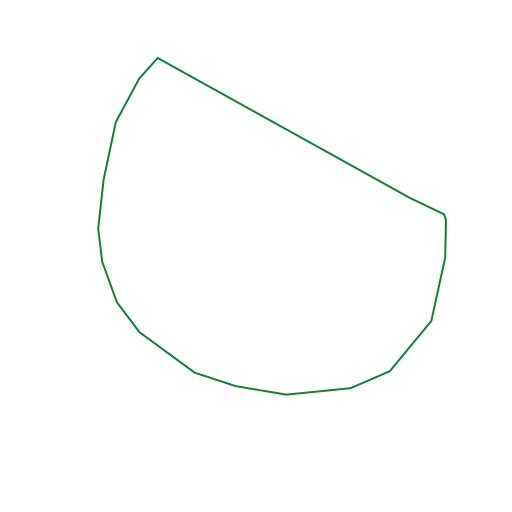 Yangambi, Orientale, Democratic Republic of the Congo, rotated 207°
{"feature_id": "63176286B49026377824569", "entity_name": "Yangambi", "entity_type": "district", "adm_level": 2, "iso_a3": "COD", "parent_name": "Democratic Republic of the Congo", "parent_adm1": "Orientale", "projection": "orthographic", "projection_center": [24.481, 0.79], "detail": "fine", "context": "isolated", "style": "outline", "palette": "green", "viewbox_px": 512, "rotation_deg": 207, "n_neighbors": 0, "source": "geoboundaries", "source_scale": "gbopen_adm2", "svg_char_len": 403}
<svg xmlns="http://www.w3.org/2000/svg" viewBox="0 0 512 512"><g transform="rotate(207 256 256)"><path d="M103.0,374.2L107.3,378.5L145.6,377.6L403.6,386.7L433.5,387.8L440.6,361.1L441.7,311.7L426.4,254.7L409.0,208.7L390.5,181.2L358.9,151.6L325.2,135.2L257.6,124.2L215.2,130.8L166.1,146.2L111.7,181.2L84.5,214.1L70.3,277.7L86.6,340.2L103.0,374.2Z" fill="none" stroke="#15803d" stroke-width="2"/></g></svg>